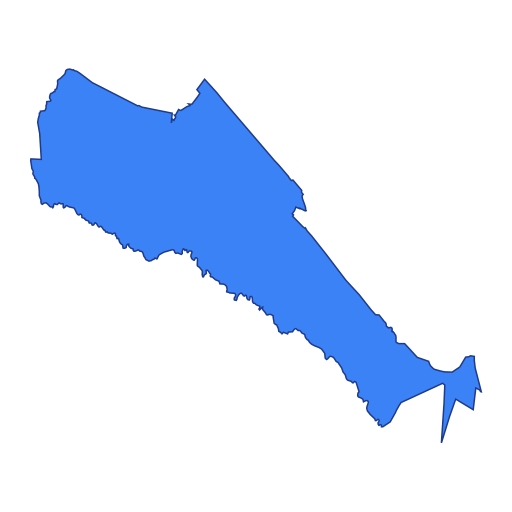 Polotitlán, México, Mexico
{"feature_id": "50627088B18153626754023", "entity_name": "Polotitlán", "entity_type": "district", "adm_level": 2, "iso_a3": "MEX", "parent_name": "Mexico", "parent_adm1": "México", "projection": "equal_earth", "projection_center": [-99.828, 20.212], "detail": "fine", "context": "isolated", "style": "filled", "palette": "blue", "viewbox_px": 512, "rotation_deg": 0, "n_neighbors": 0, "source": "geoboundaries", "source_scale": "gbopen_adm2", "svg_char_len": 5988}
<svg xmlns="http://www.w3.org/2000/svg" viewBox="0 0 512 512"><path d="M441.4,442.9L449.5,416.7L455.7,399.1L473.2,409.7L475.8,388.0L479.6,389.9L480.6,391.6L481.3,391.8L475.2,368.1L474.3,360.5L474.3,356.4L470.6,355.8L468.6,356.8L465.7,357.1L459.8,367.0L452.2,372.1L444.7,371.9L441.2,371.2L434.4,369.3L432.9,368.2L430.7,366.0L429.8,364.5L428.6,361.3L417.3,357.4L404.8,343.8L404.3,343.6L398.8,343.6L396.3,342.4L396.0,341.9L396.0,337.1L395.7,335.3L394.8,334.3L394.5,333.4L393.0,331.6L392.6,331.4L392.3,331.7L391.8,331.2L392.2,330.0L392.0,328.2L390.8,327.3L388.7,327.9L388.1,327.7L388.1,327.4L386.4,326.3L386.1,323.9L385.4,322.4L384.7,322.1L379.1,315.0L375.5,314.7L371.0,309.7L359.1,294.6L345.9,280.3L326.2,254.4L311.6,235.9L307.1,230.9L305.5,228.0L305.2,228.4L304.9,228.3L302.9,226.8L292.7,216.3L293.5,214.9L292.2,213.7L294.5,210.7L295.9,207.1L299.7,208.7L299.7,208.2L300.3,208.4L305.0,210.8L305.9,210.9L306.2,210.5L305.6,209.6L305.6,207.9L304.7,204.9L302.5,198.8L302.1,196.2L302.5,195.2L303.2,194.4L301.5,192.3L301.7,190.4L292.9,180.0L291.4,180.6L288.9,177.5L288.5,176.5L279.0,165.4L274.3,160.4L224.6,102.3L216.9,92.8L204.6,79.2L196.9,89.6L199.9,93.3L197.4,97.0L192.1,104.0L191.1,104.3L188.7,104.0L189.9,105.1L190.0,105.6L187.1,106.5L181.0,110.4L180.4,110.4L178.6,109.5L175.5,115.1L174.4,115.1L175.7,117.0L175.4,118.0L174.6,118.9L173.9,120.4L172.3,119.0L171.3,122.9L172.2,113.2L141.8,107.1L138.9,105.6L137.6,105.8L92.2,82.6L80.3,73.6L76.7,71.2L74.7,70.8L73.5,69.8L72.8,70.0L69.9,69.1L67.9,69.3L66.4,70.0L65.7,71.0L65.1,73.6L64.1,74.8L60.4,78.4L58.2,79.8L57.5,80.8L57.7,84.0L56.6,89.0L55.1,89.5L54.9,91.6L53.9,91.7L52.0,93.2L51.1,93.3L50.4,94.0L49.7,96.1L49.6,98.1L50.9,100.3L50.3,101.2L46.8,101.6L46.6,102.6L46.7,104.0L46.0,105.7L46.1,107.6L45.6,109.3L44.8,110.7L40.4,111.2L40.3,112.5L39.3,113.2L39.4,114.8L38.2,119.0L37.7,122.3L39.7,133.6L41.3,159.4L30.9,158.9L30.7,160.5L31.9,168.6L33.2,171.0L33.3,171.6L32.9,173.3L33.1,174.4L34.7,176.9L34.7,178.2L35.9,179.1L38.4,183.8L38.9,186.5L39.3,191.7L39.3,195.7L41.0,200.3L40.9,202.0L41.4,203.8L42.4,204.3L44.3,202.9L46.1,202.9L47.5,203.9L50.0,206.6L51.2,207.0L52.3,206.9L52.8,207.7L53.5,206.5L53.6,204.8L54.3,203.8L54.8,203.6L55.4,204.2L57.2,204.6L59.0,202.8L60.6,203.8L61.6,203.9L62.6,203.6L63.2,203.9L63.2,207.2L63.8,207.9L65.3,206.9L66.1,205.7L67.1,205.6L68.1,206.4L69.5,207.0L73.8,207.9L74.7,208.9L76.9,213.5L78.0,214.7L79.0,215.0L80.0,214.2L80.8,214.2L81.6,215.0L81.9,216.2L81.9,217.5L84.7,218.5L84.9,219.3L85.5,219.6L85.9,220.2L88.3,220.9L88.8,221.5L89.0,222.8L89.6,223.1L90.2,222.9L91.4,223.3L92.1,225.0L92.9,225.2L93.8,224.8L94.9,222.9L95.5,222.8L96.8,224.0L97.7,225.7L98.9,227.0L99.6,226.9L100.7,226.3L101.4,226.5L103.6,229.7L104.1,230.2L104.8,230.2L105.6,232.0L106.2,232.2L107.1,231.8L108.2,233.0L110.9,233.2L112.3,234.2L114.1,233.1L115.2,233.3L115.5,234.1L115.3,235.1L115.7,235.8L116.4,236.0L117.0,238.6L117.4,238.7L118.0,238.3L118.6,238.6L119.4,241.6L120.2,243.0L121.2,244.1L122.0,244.5L122.6,245.1L123.0,247.8L123.2,248.2L124.6,248.3L126.2,247.5L126.3,246.1L126.6,245.2L127.5,244.3L128.8,244.2L128.5,245.5L129.2,246.6L131.1,248.4L133.0,248.8L133.3,250.5L133.9,251.2L135.5,251.1L138.3,249.9L138.9,250.1L139.2,250.7L139.9,251.2L141.6,251.4L142.0,251.7L143.0,253.1L143.8,256.1L144.9,257.6L145.6,259.1L146.1,259.7L148.9,261.1L151.4,260.6L152.7,259.5L153.8,259.4L155.0,258.0L156.7,258.9L157.1,258.8L158.6,255.6L159.3,254.7L163.8,252.2L172.5,249.7L174.0,250.2L174.8,252.3L175.7,253.3L177.9,253.0L181.3,254.4L182.3,253.5L182.2,251.2L183.3,248.8L183.9,248.9L185.0,250.5L186.1,249.6L186.6,249.7L187.1,252.1L187.5,252.6L187.9,252.6L189.3,250.9L191.1,251.1L191.7,251.4L191.9,252.8L191.1,254.5L190.9,256.4L191.7,258.6L193.5,260.1L194.3,260.2L194.7,259.6L195.1,258.3L195.6,257.8L196.5,257.8L197.2,258.5L197.5,259.4L197.2,264.8L197.5,266.0L199.5,267.4L202.2,270.7L202.3,272.2L202.2,274.8L202.7,276.8L203.1,277.0L203.6,276.6L204.4,274.7L205.6,274.2L206.4,273.3L206.0,270.5L206.7,270.1L207.5,270.3L208.9,271.8L209.5,273.0L210.6,273.9L210.2,276.1L210.9,276.9L212.3,277.0L215.5,279.8L219.0,281.2L219.9,283.9L223.6,284.1L225.2,284.9L226.6,286.5L227.2,289.6L226.6,291.4L226.7,291.9L228.6,292.3L229.6,292.9L234.8,293.4L235.7,294.7L235.3,296.4L234.3,297.9L234.2,299.3L234.4,300.0L236.3,300.4L236.9,299.2L237.2,297.4L238.7,294.8L240.1,293.5L240.8,293.2L241.6,293.4L242.6,294.4L243.4,295.7L244.3,296.1L245.6,295.2L246.3,295.5L247.1,298.7L248.1,299.8L249.4,300.0L249.8,299.1L250.1,296.6L251.2,296.4L252.2,297.3L252.6,301.8L253.5,303.2L254.9,303.4L256.0,304.5L257.3,305.3L259.8,306.2L259.7,307.8L258.9,309.1L259.6,310.0L261.6,307.7L262.7,307.1L262.5,309.3L265.2,312.5L266.6,314.8L267.8,315.0L269.2,314.3L271.2,314.6L273.3,315.9L273.1,317.0L274.2,323.4L276.0,324.7L276.7,324.7L277.1,325.9L278.3,328.4L278.8,331.3L279.2,331.7L280.2,332.0L280.6,332.6L281.5,333.1L282.3,333.1L282.3,333.5L283.5,332.3L287.6,333.9L288.4,332.1L292.5,331.8L294.0,329.6L295.2,328.7L295.9,328.6L298.2,330.6L298.7,330.3L300.1,330.7L302.0,333.1L304.5,334.3L304.9,335.1L305.1,336.3L305.5,337.5L306.2,338.5L307.4,339.9L308.0,340.0L308.6,340.5L308.9,341.4L309.7,342.5L311.6,344.2L314.8,345.9L319.0,347.5L321.6,349.1L324.5,353.0L324.8,354.0L325.2,358.0L325.7,358.7L326.6,359.5L327.7,358.8L329.8,356.4L330.6,356.3L332.5,356.8L334.1,358.1L335.9,361.1L336.8,361.9L337.8,362.2L341.7,368.0L343.0,371.9L345.2,374.7L346.4,378.7L347.1,379.7L348.2,380.4L351.2,381.3L352.4,382.7L353.1,382.9L354.7,381.4L355.6,381.8L356.2,382.6L359.0,391.6L358.7,392.4L358.1,392.8L357.7,394.6L357.8,396.1L358.5,397.0L360.8,397.9L362.9,399.2L363.5,401.8L366.2,400.5L367.4,400.8L368.2,401.4L368.3,402.7L367.0,406.5L366.7,408.2L367.4,410.9L370.2,414.5L374.7,418.7L375.4,420.6L376.5,420.5L377.7,419.4L378.1,419.3L378.9,419.9L379.1,420.5L379.0,421.2L378.0,422.9L378.2,424.3L378.8,425.3L379.2,425.3L380.1,424.6L381.1,424.9L381.4,425.2L381.4,426.8L382.8,426.8L390.2,421.9L395.7,412.1L396.1,410.9L399.1,405.5L401.1,402.5L442.6,383.3L444.8,385.0L444.0,404.2L441.4,442.9Z" fill="#3b82f6" stroke="#1e3a8a" stroke-width="1.5"/></svg>